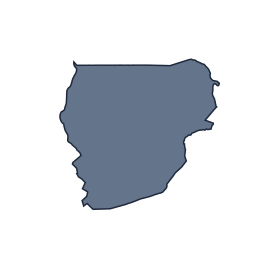 the district of Cuyamecalco Villa de Zaragoza, Oaxaca, Mexico, rotated 294°
{"feature_id": "50627088B17451896307206", "entity_name": "Cuyamecalco Villa de Zaragoza", "entity_type": "district", "adm_level": 2, "iso_a3": "MEX", "parent_name": "Mexico", "parent_adm1": "Oaxaca", "projection": "orthographic", "projection_center": [-96.852, 17.969], "detail": "fine", "context": "isolated", "style": "filled", "palette": "slate", "viewbox_px": 256, "rotation_deg": 294, "n_neighbors": 0, "source": "geoboundaries", "source_scale": "gbopen_adm2", "svg_char_len": 3077}
<svg xmlns="http://www.w3.org/2000/svg" viewBox="0 0 256 256"><g transform="rotate(294 128 128)"><path d="M121.6,194.7L125.4,191.2L130.9,189.5L131.8,189.2L132.5,188.4L135.3,186.6L136.4,186.1L136.2,185.4L137.9,184.4L138.6,184.2L139.3,184.6L140.5,184.2L142.6,184.2L144.8,185.7L146.0,186.0L147.1,188.2L149.1,188.4L150.7,190.0L153.5,192.4L155.1,194.2L156.2,196.3L157.1,197.3L157.3,199.1L159.0,200.0L159.0,201.5L160.8,204.3L164.6,203.7L165.6,204.3L166.3,204.3L167.1,203.9L166.5,195.3L182.6,200.0L183.3,200.5L183.9,199.3L185.4,198.4L186.4,197.5L187.5,196.9L188.5,196.0L189.7,195.2L190.8,193.9L191.5,193.0L192.2,192.1L192.3,192.0L194.0,190.9L195.2,190.7L196.3,190.3L197.6,190.0L198.4,189.5L199.3,189.1L200.9,188.6L201.9,188.4L203.3,188.7L203.8,189.9L203.6,191.0L203.3,191.7L203.1,192.5L203.4,193.2L204.3,193.5L206.0,193.2L206.4,192.3L206.5,191.5L206.9,190.6L206.6,189.3L206.4,188.2L206.0,186.8L206.0,185.9L206.5,184.5L207.1,183.5L207.3,182.9L208.5,182.1L209.8,181.3L210.9,181.3L211.8,180.7L212.2,180.2L212.6,179.7L213.3,178.9L214.5,177.6L215.4,175.6L216.0,174.1L217.1,171.7L216.9,170.2L216.7,169.3L216.8,168.6L217.0,167.8L216.9,167.1L216.9,165.8L216.8,164.8L216.7,163.9L217.1,163.1L217.3,161.7L217.1,161.0L216.5,159.4L216.7,158.1L215.3,156.0L202.0,141.0L199.9,135.9L192.6,118.5L188.5,109.3L187.2,106.5L186.7,105.5L186.0,103.9L185.2,101.9L185.0,101.6L183.6,98.5L182.4,95.7L179.7,89.8L178.9,87.9L177.4,84.7L177.3,84.3L173.8,76.5L173.1,74.9L171.8,72.0L171.5,71.5L169.8,67.6L166.1,59.4L164.4,55.6L165.4,53.7L165.9,52.6L166.3,51.7L164.5,52.4L162.8,53.9L162.3,54.8L161.8,56.0L161.2,56.8L160.3,57.4L159.1,57.8L156.6,58.0L154.9,57.8L154.8,57.7L152.1,57.6L150.7,57.5L148.9,57.7L147.6,57.9L146.2,58.1L145.3,58.3L145.0,58.3L143.2,58.4L142.3,58.2L141.7,58.1L140.6,57.4L140.2,57.3L139.5,57.1L138.1,57.0L137.7,57.0L136.6,57.2L136.0,57.5L134.9,57.9L133.8,58.3L132.8,58.7L132.0,59.1L130.1,59.8L129.4,60.1L128.7,60.4L126.3,61.3L126.2,61.3L124.1,61.9L122.9,61.8L121.3,62.0L119.7,62.4L118.6,62.4L117.6,62.0L116.4,61.2L115.7,60.6L114.2,60.4L112.5,60.6L110.9,61.1L109.9,61.6L108.9,62.3L108.2,62.9L107.4,63.7L106.6,64.7L106.0,65.8L105.7,66.9L105.3,67.8L103.9,68.7L102.8,69.5L102.0,70.1L100.3,71.6L99.7,72.3L98.9,73.3L98.1,74.5L97.2,75.7L95.8,76.6L94.0,77.3L92.4,77.8L91.9,78.1L91.5,78.6L91.0,79.5L90.9,80.9L90.7,81.9L90.5,82.9L90.0,83.7L89.5,85.2L89.1,86.5L88.6,88.2L88.1,89.3L87.2,90.1L86.7,91.8L85.9,94.0L83.9,96.3L83.5,96.1L81.4,95.2L79.6,94.3L74.1,91.7L72.4,91.9L70.4,97.3L66.1,100.3L65.5,99.7L63.2,102.7L63.2,103.1L62.7,106.0L62.5,106.9L60.7,111.2L54.7,111.1L54.0,111.1L53.7,113.9L53.2,117.2L48.8,118.1L46.9,117.3L43.0,115.6L38.7,119.3L42.4,121.3L39.5,129.1L47.0,144.6L57.1,156.8L58.0,157.8L58.6,158.2L59.9,159.8L61.5,161.6L62.3,162.4L62.5,162.6L63.4,163.5L68.6,168.6L71.0,171.7L72.3,173.3L72.8,173.9L73.9,175.3L74.8,176.3L76.3,177.9L77.7,179.3L79.2,181.0L81.4,183.5L81.7,184.1L82.1,184.4L83.4,185.7L87.6,187.1L88.1,187.3L89.0,187.4L89.8,187.4L91.1,187.1L92.2,186.3L97.0,187.4L102.1,188.7L106.2,189.4L106.4,189.5L113.9,192.8L121.6,194.7Z" fill="#64748b" stroke="#1e293b" stroke-width="1.5"/></g></svg>